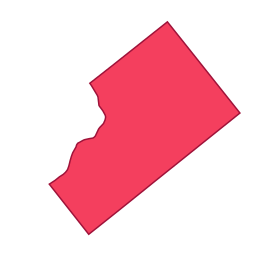 the district of Muscatine, Iowa, United States of America, rotated 141°
{"feature_id": "52423323B78769996222948", "entity_name": "Muscatine", "entity_type": "district", "adm_level": 2, "iso_a3": "USA", "parent_name": "United States of America", "parent_adm1": "Iowa", "projection": "mercator", "projection_center": [-90.995, 41.466], "detail": "fine", "context": "isolated", "style": "filled", "palette": "rose", "viewbox_px": 256, "rotation_deg": 141, "n_neighbors": 0, "source": "geoboundaries", "source_scale": "gbopen_adm2", "svg_char_len": 702}
<svg xmlns="http://www.w3.org/2000/svg" viewBox="0 0 256 256"><g transform="rotate(141 128 128)"><path d="M30.9,147.1L30.6,185.7L103.0,186.4L129.5,186.8L129.7,184.1L131.3,172.7L131.8,171.0L136.3,163.9L136.5,162.8L136.7,157.3L137.6,152.5L138.2,151.1L138.8,150.3L140.2,149.1L141.1,148.5L144.2,146.9L149.5,146.2L151.5,145.7L158.5,142.3L160.2,142.1L161.7,142.3L164.6,144.0L169.0,146.2L170.2,146.6L176.7,147.8L178.6,147.2L180.3,146.0L186.6,143.5L189.8,141.6L193.4,139.1L197.6,135.9L200.8,133.9L202.2,133.4L204.5,132.9L207.5,132.7L211.8,133.2L217.6,133.2L224.5,133.9L224.6,128.2L225.4,70.1L186.8,69.8L151.7,69.7L140.8,69.7L31.6,69.2L30.9,147.1Z" fill="#f43f5e" stroke="#9f1239" stroke-width="1.5"/></g></svg>